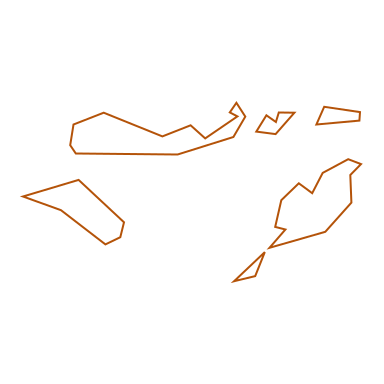 the border of Nusa Tenggara Timur
{"feature_id": "IDN-1235", "entity_name": "Nusa Tenggara Timur", "entity_type": "Province", "adm_level": 1, "iso_a3": "IDN", "parent_name": "Indonesia", "parent_adm1": "", "projection": "natural_earth1", "projection_center": [122.339, -9.496], "detail": "coarse", "context": "isolated", "style": "outline", "palette": "amber", "viewbox_px": 384, "rotation_deg": 0, "n_neighbors": 0, "source": "natural_earth", "source_scale": "10m", "svg_char_len": 726}
<svg xmlns="http://www.w3.org/2000/svg" viewBox="0 0 384 384"><path d="M245.3,116.6L233.4,137.0L177.6,154.5L75.8,153.5L70.2,145.2L73.5,124.5L103.7,112.7L162.4,136.4L190.6,125.3L205.2,138.4L237.4,116.4L229.8,112.4L236.4,102.8L245.3,116.6ZM312.2,193.2L322.7,172.9L348.2,159.2L361.0,164.1L350.3,175.0L351.4,202.6L325.3,231.8L269.5,247.8L285.4,229.5L275.2,226.9L281.3,200.2L298.8,183.3L312.2,193.2ZM124.0,222.3L120.3,237.2L105.4,244.4L61.0,210.2L23.0,196.5L78.6,179.9L124.0,222.3ZM360.0,112.1L359.4,120.6L316.4,124.5L324.2,106.8L360.0,112.1ZM294.4,112.7L275.6,134.1L256.3,131.6L266.4,115.3L275.9,122.0L278.8,112.5L294.4,112.7ZM264.8,252.1L255.2,276.1L234.1,281.2L264.8,252.1Z" fill="none" stroke="#b45309" stroke-width="2"/></svg>